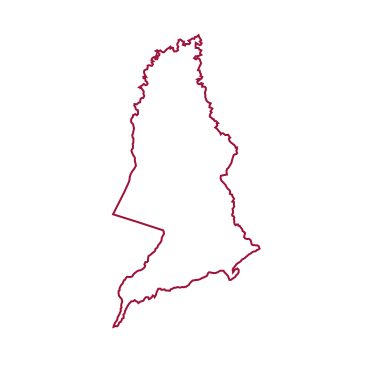 the district of Sengés, Paraná, Brazil, rotated 17°
{"feature_id": "56859067B25271231685187", "entity_name": "Sengés", "entity_type": "district", "adm_level": 2, "iso_a3": "BRA", "parent_name": "Brazil", "parent_adm1": "Paraná", "projection": "robinson", "projection_center": [-49.46, -24.265], "detail": "fine", "context": "isolated", "style": "outline", "palette": "rose", "viewbox_px": 384, "rotation_deg": 17, "n_neighbors": 0, "source": "geoboundaries", "source_scale": "gbopen_adm2", "svg_char_len": 5959}
<svg xmlns="http://www.w3.org/2000/svg" viewBox="0 0 384 384"><g transform="rotate(17 192 192)"><path d="M253.8,252.8L255.2,249.6L255.6,248.0L258.8,244.1L259.4,242.2L261.7,239.9L262.7,238.2L264.8,234.9L266.0,233.8L267.5,231.6L268.9,230.6L270.1,230.1L271.0,228.5L272.0,227.9L273.2,226.4L271.6,224.3L270.1,223.9L269.0,224.3L265.7,224.9L264.5,224.7L262.7,221.8L262.0,220.8L260.0,220.1L258.4,220.9L256.6,220.9L255.1,220.0L254.9,218.7L254.7,215.6L253.5,215.0L251.8,214.5L250.6,212.6L248.7,211.5L247.6,210.5L246.3,210.7L245.6,209.6L244.2,210.0L243.4,211.0L242.3,210.4L241.2,208.6L240.6,206.5L239.8,205.6L240.0,204.1L239.0,203.0L237.6,203.0L236.9,201.7L237.4,200.3L236.9,198.4L235.7,196.4L236.4,194.6L236.6,193.3L235.6,191.5L235.1,189.4L233.4,189.4L233.9,187.8L234.2,186.3L232.8,185.0L231.7,184.1L231.3,182.9L229.9,182.8L228.7,182.7L228.5,180.8L227.7,179.5L225.0,178.3L224.0,177.5L223.0,176.7L222.2,175.6L219.0,173.7L217.1,172.7L216.1,171.7L215.1,169.9L214.9,168.1L216.3,167.2L220.3,165.1L219.4,163.3L218.8,161.7L218.7,160.0L219.8,158.2L221.2,152.6L221.0,150.2L221.0,147.7L221.0,144.9L221.7,143.6L223.3,142.9L223.8,141.5L222.3,139.6L222.5,137.5L222.1,136.2L220.7,136.9L220.0,135.6L218.3,134.5L217.1,134.2L216.2,133.7L214.9,133.4L212.7,132.0L211.7,130.0L212.6,128.9L211.3,128.0L209.9,126.7L207.3,127.8L204.6,126.8L203.2,127.2L202.7,128.4L201.4,126.9L198.5,125.1L197.4,124.2L195.3,123.5L196.8,121.2L195.7,119.4L196.8,118.5L194.6,117.3L192.7,117.4L191.6,116.1L190.5,116.3L188.9,115.2L187.3,115.0L186.7,114.0L186.8,111.5L187.5,110.2L186.1,109.4L186.5,108.1L187.1,106.2L185.5,105.9L183.9,105.9L183.5,103.9L184.0,101.8L181.8,101.6L179.5,100.7L178.4,99.4L176.9,97.3L176.5,95.4L175.3,93.5L175.3,92.1L175.4,90.4L174.8,88.4L173.7,87.7L172.2,87.7L171.0,88.4L170.4,86.9L170.7,85.3L169.0,85.1L168.1,86.7L166.8,86.8L165.7,86.6L164.8,84.9L166.0,83.4L164.1,82.8L165.3,81.8L167.2,81.6L168.1,80.3L168.1,78.9L166.2,78.8L166.1,76.6L164.8,75.6L163.9,73.7L162.1,73.8L162.4,71.0L162.6,69.0L163.1,66.3L161.8,64.6L160.8,63.1L159.4,62.3L158.1,62.4L157.0,64.0L154.9,63.4L155.5,62.0L156.0,60.9L157.3,60.8L158.7,59.8L160.8,58.1L159.4,57.4L159.0,56.3L159.5,53.8L157.4,53.6L156.2,52.4L153.4,53.1L152.4,50.0L152.0,48.3L153.8,48.7L156.1,49.2L157.3,48.8L157.7,46.8L155.5,45.8L156.4,44.1L154.4,42.5L153.2,41.2L152.4,40.1L151.1,42.3L149.6,42.8L149.4,44.9L147.4,45.0L146.7,46.2L144.4,48.3L145.8,48.9L146.7,49.9L145.9,51.6L144.1,51.8L142.6,52.3L142.5,54.0L140.2,53.9L140.5,52.1L140.4,50.6L139.2,50.9L138.0,50.1L136.2,49.6L134.7,50.7L135.3,52.2L134.6,54.4L134.9,55.7L136.5,57.2L136.0,58.9L137.2,60.4L136.1,61.9L133.8,62.8L132.3,61.2L131.8,59.7L130.7,59.7L129.5,61.1L128.8,59.5L127.6,61.1L126.0,63.1L125.0,65.3L124.4,66.5L123.4,66.9L121.7,66.6L120.5,65.8L119.0,67.1L117.3,66.6L116.2,67.7L117.6,68.0L119.2,68.9L120.6,69.6L120.7,70.8L119.3,72.8L120.0,74.1L119.7,75.3L118.2,75.8L117.4,74.6L116.3,74.0L115.0,75.4L114.6,77.6L116.9,78.4L115.5,79.8L117.3,81.3L116.7,83.1L114.3,83.2L112.6,84.1L113.1,85.5L113.3,87.7L111.5,88.9L110.8,90.0L111.0,91.4L112.5,93.6L114.4,95.3L112.9,95.5L111.8,96.1L112.5,97.4L114.1,97.1L115.0,99.3L116.9,100.1L117.8,101.1L117.6,102.5L116.5,103.4L114.3,102.8L113.2,104.6L110.8,107.4L111.9,107.6L113.3,107.4L114.7,108.6L115.6,109.2L116.5,110.1L116.8,112.3L118.3,114.1L117.9,116.2L116.6,116.6L115.6,118.1L115.8,119.7L116.1,121.4L114.7,122.3L113.5,124.4L111.3,124.7L111.6,126.4L112.8,127.2L113.7,128.7L114.7,129.6L116.3,129.6L117.6,133.1L116.8,134.7L115.0,134.1L113.1,135.8L113.5,137.3L113.0,138.6L112.6,140.1L112.9,141.7L113.7,143.3L114.9,143.8L116.0,144.6L116.6,145.9L118.0,148.1L118.2,151.3L118.5,152.8L118.2,154.8L119.3,157.3L120.4,157.9L120.9,160.0L121.5,162.1L121.2,163.3L122.0,165.0L122.7,167.5L122.1,169.0L122.0,170.2L123.2,171.9L124.0,172.8L124.9,173.9L126.5,175.1L127.4,176.1L128.4,179.4L129.5,180.9L130.7,183.3L129.8,187.4L129.0,189.1L128.6,190.8L128.1,192.9L128.1,195.9L128.5,197.7L128.8,200.2L127.3,211.8L123.0,236.4L146.3,236.6L147.4,236.6L175.6,237.1L176.7,238.4L177.4,240.3L176.8,242.7L176.5,245.0L176.9,246.5L177.0,247.8L176.5,249.7L176.0,251.2L175.2,252.7L175.2,254.1L174.9,255.6L173.7,257.0L173.9,259.0L173.3,260.2L172.5,261.2L171.8,262.3L170.6,264.3L169.1,266.1L169.5,268.8L170.1,270.8L169.5,272.2L167.9,272.7L167.6,275.1L168.7,275.9L168.7,277.9L167.8,279.4L166.7,280.9L165.5,282.0L164.4,282.4L162.8,283.7L161.7,285.3L160.7,286.7L160.0,288.2L159.6,290.1L157.8,291.5L156.3,291.7L154.6,292.2L153.9,293.9L153.7,295.3L152.6,296.5L152.6,298.5L152.3,300.2L151.6,301.3L151.1,303.6L150.9,305.5L151.5,307.1L150.8,308.1L151.3,310.1L152.5,312.6L154.1,313.7L156.0,314.9L157.4,317.3L157.2,319.5L157.6,321.8L158.4,323.1L157.9,324.7L158.7,326.7L158.5,328.3L158.3,330.5L157.5,333.7L157.8,335.4L157.6,337.0L156.7,339.4L156.5,340.9L156.3,342.4L156.4,343.9L158.0,342.6L159.6,342.3L160.4,341.1L160.5,339.7L160.7,337.8L161.8,337.2L162.2,335.4L162.2,333.6L163.4,332.6L163.1,331.1L162.3,329.5L163.0,327.7L162.8,325.1L163.8,319.6L164.4,317.5L165.3,315.7L165.8,314.4L167.7,313.7L168.8,312.1L170.4,312.8L171.7,312.9L173.3,313.9L174.5,312.0L175.9,311.1L177.2,310.2L178.1,307.2L178.8,306.0L181.0,305.5L182.1,307.1L183.1,306.3L184.5,304.0L184.7,302.4L186.1,302.6L187.0,303.5L187.6,301.0L187.5,298.5L187.8,295.8L188.0,294.4L190.1,293.7L191.4,294.5L194.3,293.1L195.4,293.9L197.4,293.4L199.8,292.9L199.9,291.5L201.2,290.6L202.8,288.8L204.4,288.3L205.5,287.4L206.7,287.0L208.3,287.0L211.0,285.5L212.2,285.5L213.0,284.7L214.1,284.4L215.2,282.8L216.1,282.0L216.7,279.6L218.3,276.6L221.4,275.0L223.1,274.4L225.3,273.0L226.3,271.8L230.4,268.3L231.0,267.2L230.9,265.6L231.5,264.0L232.9,263.5L234.7,263.5L236.2,263.3L237.9,262.7L239.0,262.1L240.7,260.5L241.7,259.2L243.6,258.5L245.2,258.1L246.2,259.0L250.1,261.2L251.1,261.8L251.7,262.8L252.7,264.1L253.6,265.2L255.2,264.4L256.2,262.9L258.3,260.4L258.4,259.1L259.6,257.2L260.1,255.2L259.5,253.0L257.8,251.9L255.7,253.8L254.7,256.8L253.6,254.5L253.8,252.8ZM119.3,72.8L118.0,71.1L117.8,73.3L119.3,72.8Z" fill="none" stroke="#9f1239" stroke-width="2"/></g></svg>